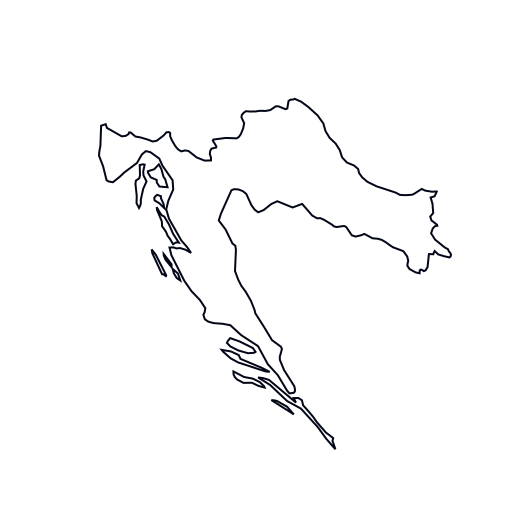 the border of Croatia, rotated 17°
{"feature_id": "HRV", "entity_name": "Croatia", "entity_type": "country or territory", "adm_level": 0, "iso_a3": "HRV", "parent_name": "Europe", "parent_adm1": "", "projection": "robinson", "projection_center": [16.337, 44.484], "detail": "fine", "context": "isolated", "style": "outline", "palette": "ink", "viewbox_px": 512, "rotation_deg": 17, "n_neighbors": 0, "source": "natural_earth", "source_scale": "50m", "svg_char_len": 4642}
<svg xmlns="http://www.w3.org/2000/svg" viewBox="0 0 512 512"><g transform="rotate(17 256 256)"><path d="M73.7,173.9L76.0,177.1L92.6,180.8L96.3,179.2L98.5,176.6L98.5,175.0L99.9,174.5L105.8,177.0L110.6,176.4L118.3,176.3L123.7,176.7L127.4,174.8L132.4,167.8L134.2,163.9L136.4,163.0L137.9,163.4L138.9,166.6L141.5,169.7L146.8,174.6L150.5,176.9L153.9,177.8L157.3,175.8L160.7,175.3L170.5,179.1L178.9,179.8L185.0,177.8L184.2,175.1L182.0,172.0L181.5,169.0L182.0,166.4L186.2,163.9L186.0,162.7L180.9,158.2L181.2,157.1L192.4,152.0L203.2,149.1L204.9,146.9L205.9,143.6L206.4,137.4L205.8,132.4L201.5,127.6L201.2,125.2L202.3,122.7L204.0,120.5L208.3,119.5L213.3,117.9L217.3,116.0L222.7,114.5L227.0,112.3L231.1,107.1L233.6,106.3L241.2,107.0L242.8,105.8L241.8,98.3L243.2,96.5L245.9,95.4L247.1,94.4L253.8,95.2L259.4,97.1L262.7,98.3L273.9,103.6L281.7,109.6L286.0,116.3L291.9,121.5L299.3,125.2L305.1,130.2L309.5,136.5L315.5,140.0L323.3,140.8L328.2,142.9L330.3,146.5L334.5,149.7L340.9,152.5L350.8,154.1L369.7,154.5L371.4,154.6L375.7,155.5L380.6,154.3L386.7,152.1L388.6,150.8L394.9,143.4L398.5,144.0L405.5,143.1L409.7,141.5L410.0,141.5L409.8,143.4L409.3,146.7L405.9,149.0L409.5,154.4L412.9,163.1L411.1,167.4L413.4,170.7L419.9,173.1L420.5,174.1L418.5,175.1L417.0,177.9L416.8,183.1L422.5,188.0L433.9,192.6L437.6,193.4L439.0,195.1L440.9,196.3L442.1,197.7L442.2,199.5L441.4,200.8L436.0,201.2L429.8,201.2L425.4,199.0L425.1,200.6L425.0,202.5L420.8,203.6L423.3,216.4L422.4,220.1L420.9,221.4L419.4,220.9L417.7,220.7L416.8,221.9L417.5,224.7L413.4,225.0L406.7,223.6L403.6,221.1L403.1,218.5L403.0,216.1L400.8,212.3L395.5,208.3L384.4,207.6L380.4,206.4L376.1,204.9L371.5,203.8L367.3,203.9L362.2,205.0L353.2,203.2L350.2,205.6L345.5,208.3L341.6,208.2L333.8,201.9L331.5,201.5L324.7,204.7L322.0,204.9L319.8,203.9L310.6,201.5L306.5,201.0L303.4,202.1L298.0,200.9L284.9,192.7L276.8,198.9L260.4,197.4L255.5,201.7L249.9,209.8L245.3,213.6L241.4,212.2L236.7,208.7L228.6,199.5L224.4,197.8L219.7,197.5L215.5,198.5L213.3,200.3L211.6,213.7L210.1,225.7L210.0,232.9L219.1,239.5L229.8,250.9L233.3,252.3L235.0,256.0L237.5,265.6L240.3,276.5L245.8,283.7L250.7,288.8L256.7,293.3L264.3,300.4L270.5,308.2L272.1,311.0L284.2,321.3L295.9,331.8L306.4,335.5L308.0,337.4L308.2,345.5L309.3,348.5L316.3,357.0L330.7,369.3L332.3,372.2L332.8,374.3L331.9,375.9L328.2,377.6L325.1,375.7L311.7,363.6L298.9,356.0L284.3,341.6L264.9,336.0L251.7,329.7L243.8,330.6L234.9,332.6L229.5,332.7L225.6,331.5L222.9,327.7L223.3,324.6L222.8,320.7L215.1,314.4L204.6,308.5L194.7,300.7L174.8,279.9L170.8,273.2L174.7,271.9L177.7,272.0L181.1,270.6L186.5,270.6L193.0,272.0L187.3,267.5L180.2,263.1L161.9,245.8L156.5,237.6L156.0,228.7L157.4,216.6L154.1,208.0L140.1,196.9L135.0,191.1L124.7,187.6L120.0,187.9L117.2,192.2L115.0,201.8L105.7,214.5L102.5,220.1L97.6,227.3L93.4,227.8L90.9,227.2L83.6,215.0L76.5,205.9L75.6,201.6L75.0,196.2L69.8,176.7L73.7,173.9ZM383.1,407.6L383.2,410.5L385.7,413.8L388.4,417.6L376.4,410.1L365.3,401.7L343.6,388.8L328.2,385.6L307.2,375.2L293.5,371.5L298.7,370.7L304.7,370.7L337.1,384.5L333.5,380.9L338.1,379.4L342.1,380.5L344.7,385.0L349.7,388.0L357.8,393.2L362.9,397.2L374.5,404.4L377.3,405.4L383.1,407.6ZM130.6,241.2L130.1,244.3L126.3,240.4L124.4,233.5L119.6,222.2L119.1,219.0L121.6,215.9L121.5,212.8L118.2,203.0L121.0,201.4L122.8,201.2L123.4,208.0L124.9,211.9L129.5,216.7L128.5,224.7L129.4,236.1L130.3,238.6L130.6,241.2ZM151.3,216.1L143.4,217.8L139.7,214.8L138.8,212.3L132.4,211.6L128.5,208.1L127.8,206.6L133.3,202.8L136.3,196.8L140.0,200.4L144.4,207.3L146.8,209.2L151.3,216.1ZM276.8,351.3L266.7,351.5L257.9,350.0L253.6,347.6L253.9,345.5L255.3,342.1L265.0,342.5L279.9,344.9L283.6,347.8L282.5,349.1L276.8,351.3ZM303.0,362.8L298.5,363.6L270.0,363.0L261.7,361.3L252.5,357.1L250.6,355.8L259.9,354.6L268.5,355.8L271.2,358.9L294.5,361.3L303.0,362.8ZM175.0,266.9L173.3,269.0L169.2,265.2L165.5,262.4L162.8,259.1L157.5,255.0L155.8,250.4L147.9,240.9L146.8,238.3L150.7,242.1L153.9,244.6L156.7,245.1L163.5,251.2L170.2,259.0L178.3,265.8L176.6,266.0L175.0,266.9ZM268.2,373.0L280.1,375.2L288.8,374.2L296.6,375.5L301.5,378.0L302.7,379.3L296.4,379.5L289.2,378.4L281.1,381.0L273.9,379.6L271.2,378.0L269.2,375.9L268.2,373.0ZM174.8,299.7L175.8,300.8L175.7,301.6L172.4,300.5L171.5,300.9L156.0,283.6L154.3,280.2L159.9,284.2L174.8,299.7ZM152.5,233.4L154.1,236.9L148.1,233.8L142.8,232.5L141.7,230.2L142.4,228.2L143.6,226.4L147.6,226.6L148.2,228.5L152.5,233.4ZM329.7,391.0L338.5,396.4L312.8,389.3L315.7,388.7L318.4,388.5L329.7,391.0ZM186.5,295.6L190.7,301.5L186.7,300.3L182.5,296.6L180.1,292.7L186.5,295.6ZM177.6,288.6L178.6,291.4L170.7,286.1L167.7,282.6L167.1,281.0L177.6,288.6Z" fill="none" stroke="#020617" stroke-width="2"/></g></svg>